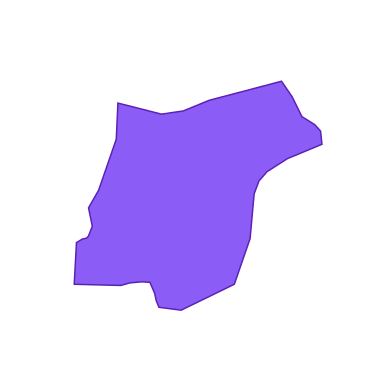 outline of Mislinja, rotated 341°
{"feature_id": "SVN-971", "entity_name": "Mislinja", "entity_type": "Municipality", "adm_level": 1, "iso_a3": "SVN", "parent_name": "Slovenia", "parent_adm1": "", "projection": "natural_earth1", "projection_center": [15.22, 46.45], "detail": "fine", "context": "isolated", "style": "filled", "palette": "violet", "viewbox_px": 384, "rotation_deg": 341, "n_neighbors": 0, "source": "natural_earth", "source_scale": "10m", "svg_char_len": 570}
<svg xmlns="http://www.w3.org/2000/svg" viewBox="0 0 384 384"><g transform="rotate(341 192 192)"><path d="M312.7,116.4L317.7,134.6L320.5,156.6L330.0,168.3L333.4,176.3L330.4,189.2L293.1,191.5L269.6,197.2L259.0,203.3L250.2,213.9L231.8,254.9L202.0,293.0L143.3,300.2L123.2,290.3L122.8,283.1L123.7,275.6L122.8,263.7L115.0,260.5L103.6,257.7L94.3,257.2L50.6,240.9L66.3,202.2L73.0,200.8L77.1,201.3L79.7,200.0L86.6,191.9L89.0,173.3L104.3,159.9L137.6,117.4L150.9,83.8L188.4,108.4L210.0,112.5L238.1,110.9L312.7,116.4Z" fill="#8b5cf6" stroke="#5b21b6" stroke-width="1.5"/></g></svg>